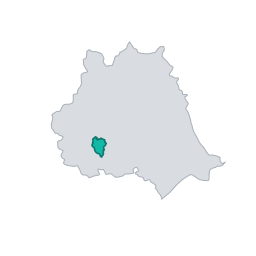 Dokshytsy, Vitebsk, Belarus shown in context, rotated 238°
{"feature_id": "67162791B61932293276792", "entity_name": "Dokshytsy", "entity_type": "district", "adm_level": 2, "iso_a3": "BLR", "parent_name": "Belarus", "parent_adm1": "Vitebsk", "projection": "albers", "projection_center": [27.92, 54.818], "detail": "fine", "context": "in_parent", "style": "filled", "palette": "teal", "viewbox_px": 256, "rotation_deg": 238, "n_neighbors": 0, "source": "geoboundaries", "source_scale": "gbopen_adm2", "svg_char_len": 6691}
<svg xmlns="http://www.w3.org/2000/svg" viewBox="0 0 256 256"><g transform="rotate(238 128 128)"><path d="M200.1,175.0L196.6,175.0L192.3,175.3L190.0,177.1L187.4,176.4L185.6,177.4L181.6,182.1L180.1,184.6L178.7,188.5L177.8,191.3L178.4,193.2L179.3,195.0L179.5,197.0L180.0,198.5L179.0,199.6L178.4,201.3L176.6,201.1L174.4,199.6L173.8,197.4L172.1,195.9L170.9,195.1L169.1,195.0L166.2,195.8L162.4,196.5L159.5,196.7L158.0,197.5L155.7,198.4L154.7,197.5L153.4,195.0L152.3,192.5L151.5,191.4L150.9,191.1L150.1,191.1L149.3,192.0L148.6,192.8L146.2,193.8L145.2,194.7L144.0,197.0L143.2,196.9L142.4,196.3L141.5,193.8L140.2,193.2L138.2,193.2L135.7,192.6L133.7,191.8L132.9,192.0L131.7,193.1L130.4,193.3L127.5,192.3L127.0,192.8L125.3,195.6L124.6,195.8L124.1,195.4L124.4,192.9L122.7,192.0L119.9,191.9L117.9,192.2L117.0,192.1L116.5,191.6L114.1,187.4L112.9,187.1L110.6,187.3L107.2,186.8L103.4,185.7L101.3,185.4L100.2,184.4L97.8,184.0L91.5,182.1L88.9,181.7L85.0,181.6L79.2,181.0L75.5,181.0L73.7,181.5L71.7,181.8L64.8,182.0L62.2,182.3L61.5,183.2L60.6,185.0L57.5,188.2L54.6,190.3L54.1,190.4L52.5,189.2L51.2,188.7L49.6,188.5L48.5,188.8L47.7,189.3L47.6,191.8L47.5,192.1L46.4,188.9L46.7,186.2L47.5,184.7L48.4,183.3L48.2,181.2L49.2,178.4L49.3,176.4L49.0,175.5L48.4,174.4L46.7,173.2L46.0,172.3L43.6,170.9L41.3,169.3L41.0,168.4L41.1,167.8L41.6,166.9L43.6,164.3L45.8,161.8L47.1,160.8L54.0,157.8L55.1,156.7L55.5,154.7L55.6,150.6L55.4,146.9L55.0,144.3L54.1,139.4L51.2,129.3L49.8,118.9L51.1,119.6L54.2,120.0L56.7,119.5L58.0,119.4L59.1,119.7L62.4,119.3L63.2,120.3L64.6,121.2L67.5,120.2L70.1,118.8L72.7,119.1L73.1,118.4L73.9,114.8L74.7,114.0L77.8,114.5L79.0,113.9L80.3,112.2L82.2,111.1L83.7,111.2L85.3,110.0L86.1,110.9L86.4,112.4L85.8,113.6L86.1,114.0L87.1,114.7L89.1,114.7L90.3,114.3L90.6,113.6L90.6,112.3L90.4,111.2L89.6,110.1L88.1,109.6L87.0,109.5L86.9,108.9L87.3,107.5L88.3,105.0L89.5,102.8L90.2,101.9L90.4,101.2L90.3,99.8L90.3,97.3L91.5,93.8L92.9,91.3L94.8,90.5L97.0,90.1L98.5,88.9L99.2,87.5L99.9,85.3L100.6,84.8L105.9,85.2L106.8,83.0L107.2,82.4L108.3,81.7L109.0,81.0L108.7,80.3L107.4,79.9L104.2,79.5L103.6,78.8L103.8,77.9L104.7,75.6L105.6,72.6L106.0,70.3L106.1,69.0L106.5,68.6L109.1,68.2L110.0,67.8L112.3,64.7L114.0,64.2L118.3,65.0L120.3,65.0L122.9,65.2L123.1,64.9L124.0,61.8L128.3,56.8L130.6,55.1L132.0,54.7L132.5,54.8L134.8,57.4L135.4,57.5L136.9,56.4L139.6,56.3L140.8,57.2L142.6,60.4L143.5,60.8L146.1,59.0L147.5,58.3L148.4,58.3L153.3,60.7L153.7,61.5L153.8,62.5L153.1,65.4L154.1,67.2L155.3,68.4L157.8,66.3L158.7,65.7L159.7,65.7L161.1,64.9L162.0,63.7L162.9,63.3L164.7,63.5L168.0,63.2L171.8,64.8L172.1,65.3L174.1,67.3L174.8,68.3L175.5,68.6L176.5,69.6L177.9,70.2L178.8,70.0L179.3,70.3L179.7,71.1L179.8,72.4L179.8,76.3L178.6,78.4L178.4,79.1L178.5,79.9L179.7,81.5L181.2,84.1L181.6,85.6L181.6,86.7L179.8,90.1L179.2,90.9L178.9,92.5L178.7,94.2L178.9,94.9L182.2,97.4L184.7,98.7L185.2,99.4L185.3,99.8L184.2,102.7L184.1,103.5L186.0,104.6L187.2,106.4L188.3,109.3L190.3,112.1L197.4,116.0L198.0,116.7L198.3,117.6L198.2,119.6L197.1,123.5L198.3,123.9L201.4,123.6L205.1,123.9L209.7,126.3L209.8,127.4L209.4,128.6L209.8,129.7L210.4,130.6L214.4,133.4L214.9,134.2L215.0,135.6L215.0,136.7L213.9,137.0L212.8,137.6L210.9,139.0L210.2,140.8L207.2,143.5L205.3,144.7L203.8,144.9L200.0,144.6L198.6,143.4L198.0,142.4L196.6,141.9L194.6,142.0L192.0,142.3L191.5,142.7L191.2,144.1L190.2,146.5L189.4,147.9L193.0,152.4L194.8,154.2L195.4,155.4L195.4,156.2L194.6,157.2L194.9,159.2L196.7,161.7L196.1,162.2L196.1,165.4L196.3,168.8L196.8,169.6L197.7,170.3L198.6,171.5L200.0,174.3L200.1,175.0Z" fill="#d9dde1" stroke="#a8b0b8" stroke-width="1"/><path d="M133.7,99.7L133.7,99.3L133.7,99.2L133.6,98.9L133.4,98.7L133.3,98.3L133.4,98.2L133.6,98.0L133.7,97.9L133.9,97.8L134.0,97.8L134.1,97.7L134.3,97.5L134.3,97.4L134.2,97.3L134.2,97.2L133.9,97.1L133.8,96.9L133.9,96.7L134.0,96.3L134.1,96.1L134.2,95.9L134.2,95.7L134.3,95.6L134.5,95.6L134.8,95.7L135.0,95.7L135.5,95.7L135.9,95.7L136.1,95.7L136.4,95.6L136.5,95.6L136.8,95.8L136.7,96.1L136.4,96.2L136.2,96.2L136.1,96.3L136.0,96.5L136.4,96.6L136.5,96.6L136.8,96.4L137.0,96.2L137.3,96.0L137.4,95.9L137.5,95.8L137.7,95.7L137.8,95.6L137.8,95.4L137.7,95.4L137.6,95.2L137.6,94.8L137.6,94.7L137.6,94.4L137.5,94.2L137.3,94.1L137.2,93.9L137.1,93.7L137.2,93.4L137.3,93.3L137.5,93.2L137.5,92.9L137.4,92.8L137.4,92.7L137.2,92.6L137.1,92.4L137.0,92.2L136.9,91.9L136.7,91.9L136.4,91.9L136.2,91.9L135.8,91.7L135.6,91.5L135.5,91.4L135.4,91.3L135.3,91.1L135.1,91.0L135.0,90.9L134.9,90.8L134.7,90.8L134.6,90.7L134.5,90.4L134.4,90.3L134.2,90.4L134.0,90.5L133.9,90.4L133.7,90.4L133.5,90.2L133.4,90.1L133.3,89.9L133.3,89.7L133.3,89.3L133.2,89.3L133.1,89.1L132.9,88.9L132.9,88.7L132.7,88.4L132.3,88.2L132.1,88.1L131.8,88.1L131.7,88.1L131.2,88.1L130.9,88.2L130.7,88.2L130.4,88.3L130.2,88.5L129.9,88.8L129.7,88.9L129.4,88.9L129.1,88.8L129.0,88.7L128.9,88.7L128.7,88.7L128.5,88.8L128.4,88.8L128.2,88.8L128.0,88.7L127.9,88.4L127.7,88.3L127.6,88.2L127.4,88.2L127.2,88.2L126.9,88.1L126.6,88.1L126.3,88.0L126.2,87.9L125.9,87.8L125.7,87.8L125.5,88.0L125.3,88.0L125.2,88.0L125.1,87.9L124.9,87.9L124.7,87.9L124.5,88.0L124.4,88.0L124.2,88.0L123.9,88.1L123.7,88.2L123.6,88.3L123.4,88.3L123.2,88.4L122.9,88.5L122.6,88.6L122.4,88.9L122.4,89.0L122.2,89.3L121.9,89.4L121.8,89.5L121.6,89.6L121.4,89.8L121.2,89.9L120.9,90.0L120.6,90.2L120.4,90.1L120.2,90.0L120.0,89.9L119.8,89.9L119.7,89.9L119.4,89.7L119.2,89.6L119.0,89.8L118.9,89.9L118.7,90.0L118.4,90.2L118.2,90.1L118.2,89.9L117.9,89.8L117.6,89.9L117.6,90.0L117.4,90.4L117.4,90.6L117.5,90.7L117.7,91.0L117.9,91.2L118.1,91.3L118.3,91.5L118.3,92.0L118.3,92.3L118.3,92.6L118.5,92.7L118.9,92.8L119.0,93.0L119.2,93.4L119.2,93.6L119.5,93.9L119.9,93.9L120.1,93.9L120.4,93.8L120.6,93.8L121.0,94.1L121.1,94.3L121.4,94.5L121.6,94.7L121.6,95.1L121.5,95.3L121.5,95.5L121.8,95.4L122.0,95.3L122.2,95.2L122.3,95.2L122.5,95.3L122.5,95.5L122.5,95.8L122.5,96.1L122.5,96.3L122.5,96.5L122.9,96.6L123.2,96.7L123.4,96.7L123.7,96.7L123.9,96.8L124.1,96.8L124.3,96.9L124.4,97.0L124.5,97.1L124.9,97.2L125.0,97.3L125.1,97.5L125.1,97.9L125.1,98.2L125.1,98.6L125.1,99.0L125.1,99.3L125.1,99.5L125.3,99.7L125.4,99.8L125.6,100.0L125.8,100.2L125.9,100.4L126.0,100.5L126.0,100.8L126.1,101.0L126.2,101.3L126.4,101.4L126.7,101.4L126.8,101.4L127.0,101.3L127.1,101.2L127.3,101.2L127.6,101.2L127.8,101.0L127.9,100.8L128.0,100.7L128.3,100.9L128.4,101.1L128.4,101.3L128.5,101.4L128.7,101.5L129.0,101.5L129.2,101.4L129.4,101.4L129.6,101.3L129.8,101.4L130.1,101.5L130.2,101.8L130.3,102.0L130.5,102.0L130.7,101.7L130.8,101.5L130.9,101.3L131.2,101.1L131.3,101.0L131.7,101.0L131.9,100.8L132.0,100.7L132.3,100.7L132.5,100.6L132.6,100.4L132.8,100.1L133.1,99.9L133.4,99.8L133.6,99.7L133.7,99.7Z" fill="#14b8a6" stroke="#0f766e" stroke-width="1.5"/></g></svg>